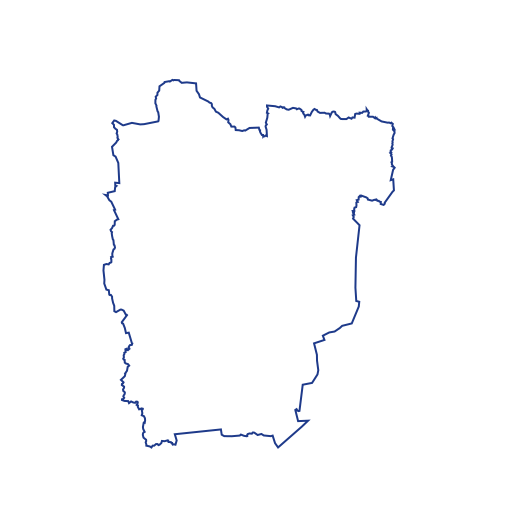 Libertador General San Martín, San Luis, Argentina, rotated 166°
{"feature_id": "61730980B21399673280914", "entity_name": "Libertador General San Martín", "entity_type": "district", "adm_level": 2, "iso_a3": "ARG", "parent_name": "Argentina", "parent_adm1": "San Luis", "projection": "robinson", "projection_center": [-65.814, -32.574], "detail": "fine", "context": "isolated", "style": "outline", "palette": "blue", "viewbox_px": 512, "rotation_deg": 166, "n_neighbors": 0, "source": "geoboundaries", "source_scale": "gbopen_adm2", "svg_char_len": 6084}
<svg xmlns="http://www.w3.org/2000/svg" viewBox="0 0 512 512"><g transform="rotate(166 256 256)"><path d="M406.8,236.7L405.4,235.4L400.5,236.8L399.4,236.5L397.6,235.0L396.3,229.8L394.8,230.4L402.2,224.3L402.3,223.9L402.2,223.1L401.3,222.5L400.7,217.9L400.8,212.6L398.0,212.4L397.5,201.0L397.3,200.9L398.0,199.8L399.9,200.0L401.1,199.0L402.0,197.7L401.3,197.2L401.2,196.6L403.1,195.6L403.7,195.9L404.2,197.3L405.3,197.1L405.7,194.3L407.2,194.0L407.4,192.8L408.4,191.7L408.7,189.6L409.7,188.4L409.4,187.5L408.6,187.0L409.1,184.3L408.4,183.3L406.3,182.0L405.6,180.3L407.3,179.5L408.9,175.9L411.4,173.7L411.2,173.4L412.4,171.1L417.0,168.5L415.1,165.5L415.9,164.6L417.0,164.3L417.4,163.2L415.6,161.2L415.9,160.1L417.3,158.7L417.4,157.1L416.4,155.8L416.3,155.0L417.1,153.5L418.1,152.8L418.7,151.8L418.2,150.3L419.4,149.4L420.7,149.4L420.9,148.7L418.7,147.2L415.1,146.1L414.8,144.0L412.4,145.1L410.6,143.6L408.8,142.8L407.6,143.7L406.7,143.5L406.2,143.1L406.2,142.2L407.8,140.4L406.7,139.5L407.2,138.3L406.5,135.5L403.9,135.8L402.8,135.2L403.0,134.7L403.5,134.8L404.1,134.2L404.3,131.0L405.4,129.1L403.5,127.7L403.0,125.4L403.4,123.2L404.3,121.2L404.8,121.7L405.3,121.4L407.1,117.4L407.3,115.4L406.6,112.3L407.8,112.0L408.5,111.3L409.1,109.8L409.1,107.0L407.1,104.3L407.3,103.0L408.1,102.0L408.0,99.5L408.3,98.5L405.1,96.9L403.8,95.5L402.2,97.0L400.7,96.6L398.5,97.7L397.0,97.3L396.4,96.1L395.3,96.2L393.1,97.4L392.0,99.3L389.5,98.4L386.2,98.5L385.8,98.2L386.1,97.1L385.9,96.7L383.6,96.0L383.4,95.2L382.6,94.9L382.7,93.9L382.4,93.1L381.3,93.2L379.8,92.4L377.6,96.2L377.9,102.7L332.0,96.2L332.5,90.9L330.4,88.9L323.2,87.0L315.2,85.7L313.9,86.4L311.1,84.4L308.5,83.3L308.0,83.4L307.9,84.4L307.2,85.2L305.3,85.4L303.0,84.6L301.9,85.5L301.3,85.4L300.4,85.0L297.7,81.9L293.8,82.0L291.9,80.0L285.2,77.6L283.3,77.7L282.8,69.8L280.9,64.9L253.1,79.2L245.3,83.6L255.1,85.6L255.1,97.1L253.7,97.6L253.2,96.0L252.2,95.2L251.3,95.2L241.8,119.8L232.3,119.3L225.0,126.2L223.2,130.1L222.1,139.7L220.8,145.4L220.8,157.2L209.9,158.0L210.4,162.5L203.4,164.1L198.0,163.7L192.0,165.9L189.3,167.4L179.4,167.4L168.5,182.1L166.9,186.6L169.6,188.1L167.2,201.2L159.4,230.3L148.1,260.8L152.8,268.8L151.7,270.2L152.2,272.1L150.7,272.3L151.3,274.0L150.5,274.1L150.3,274.7L151.2,275.3L151.3,276.3L149.6,276.1L149.4,277.8L148.7,279.1L147.0,279.2L146.3,280.7L145.7,283.6L145.0,284.0L144.2,283.9L144.7,285.8L142.8,285.9L142.1,288.3L140.8,289.1L140.6,288.4L140.0,288.2L139.3,289.2L134.7,286.1L133.7,284.9L133.8,283.7L130.0,281.6L127.5,281.9L126.6,281.5L125.7,281.9L125.3,281.5L124.9,280.2L123.5,279.8L123.1,278.9L121.8,278.3L122.4,276.3L119.8,274.7L118.4,275.6L118.2,276.6L108.1,285.2L106.3,286.3L104.3,297.2L106.9,297.0L102.1,306.5L100.1,308.1L100.6,309.0L102.0,309.9L101.3,310.2L102.0,311.9L101.7,313.1L101.9,314.2L101.1,314.5L100.4,318.0L100.3,319.7L100.8,320.7L99.9,321.8L100.8,323.5L99.7,323.8L100.1,325.0L99.7,325.9L98.2,326.4L97.4,327.3L98.2,327.7L98.2,328.5L96.5,330.9L96.5,332.3L96.0,332.9L95.9,334.2L94.7,336.2L95.1,337.1L93.1,340.4L91.8,341.8L91.5,343.4L92.6,345.5L92.3,346.4L91.1,345.7L91.5,347.6L92.3,349.2L91.3,351.1L92.4,352.6L93.1,352.2L94.6,353.3L96.0,353.5L101.6,356.2L105.6,360.1L105.6,360.8L106.5,360.6L106.8,361.6L107.4,361.1L108.8,362.8L112.8,363.8L112.7,364.3L113.6,365.0L111.8,367.6L112.3,368.7L112.1,369.9L112.7,370.4L113.1,371.6L113.4,370.2L114.3,369.6L116.9,370.2L118.4,369.2L120.7,370.0L120.8,369.0L121.1,368.9L124.1,369.9L125.4,369.8L126.9,366.4L128.9,367.1L130.1,366.1L132.6,368.0L135.1,367.0L138.8,367.9L140.4,368.4L141.1,369.2L142.5,372.0L144.4,374.4L144.4,376.6L144.8,377.0L146.2,377.5L147.6,377.1L150.2,373.9L150.2,375.5L150.8,376.5L153.6,377.3L154.8,378.4L159.3,379.4L161.3,381.3L161.6,383.0L162.7,383.4L163.6,384.5L164.8,384.1L167.0,382.3L169.5,379.3L170.9,379.8L170.9,380.3L171.3,380.6L173.8,380.3L174.7,379.3L174.9,381.4L175.6,382.7L175.7,383.9L175.2,384.3L176.7,385.6L176.6,386.8L178.2,388.6L179.0,388.8L180.9,388.5L181.4,389.5L184.3,390.8L188.9,390.0L190.7,390.8L192.8,392.9L192.7,393.4L193.5,393.7L194.4,393.4L194.9,394.3L196.2,395.2L197.6,394.6L201.2,396.7L208.9,399.4L209.2,398.1L208.5,396.0L209.7,394.6L210.8,392.3L209.9,391.5L210.2,391.4L211.6,387.4L214.2,383.0L213.7,381.0L214.9,380.3L215.4,379.2L215.2,375.9L216.4,369.7L217.7,370.6L218.7,370.0L219.7,370.5L220.1,370.2L219.9,371.7L221.0,372.0L221.8,374.5L222.0,375.9L221.6,377.0L222.2,377.5L222.2,379.9L231.3,381.8L236.1,380.3L237.0,380.8L239.1,380.6L242.0,382.1L245.2,383.1L244.9,385.7L245.6,386.8L248.6,387.5L249.0,390.1L250.6,392.4L249.8,394.6L250.0,396.0L251.6,395.7L254.4,398.9L257.9,404.1L260.0,405.8L260.8,408.9L262.2,410.7L262.5,412.4L262.1,414.0L262.5,415.2L264.0,416.1L265.0,417.5L272.0,423.4L272.2,426.8L273.7,430.7L272.4,438.0L281.1,441.2L286.2,442.0L288.0,444.4L288.2,445.2L292.9,446.6L293.6,446.4L294.5,447.1L297.4,446.1L297.9,446.6L302.6,446.9L303.1,446.1L308.6,444.0L309.9,439.9L312.1,438.3L312.7,436.1L314.8,434.8L314.8,433.0L315.8,431.9L316.7,428.5L316.2,426.0L316.5,425.2L316.5,420.2L316.1,419.2L316.5,414.6L317.9,410.7L318.4,410.3L332.7,411.0L336.5,411.7L344.2,415.2L353.0,414.9L353.6,415.1L359.2,421.0L360.8,421.8L363.3,419.7L362.1,417.7L362.6,415.2L361.5,413.3L360.4,412.1L360.6,410.2L361.6,408.6L361.2,407.4L361.4,404.9L361.9,404.2L361.3,402.5L361.8,402.4L362.0,401.7L363.0,401.3L364.2,399.9L369.3,396.8L370.0,388.3L368.2,386.4L367.1,379.6L371.0,359.8L374.9,361.2L375.5,358.4L374.5,357.7L376.0,356.9L377.4,353.1L384.5,353.2L385.0,350.6L387.3,351.6L386.0,349.9L384.8,345.6L383.3,343.7L381.5,335.0L382.7,334.9L380.7,325.0L382.2,324.9L384.6,323.9L385.6,320.4L386.5,319.7L387.4,319.9L388.9,317.9L390.8,316.6L390.6,314.9L389.9,314.0L390.5,312.9L390.8,310.0L390.9,306.7L390.5,305.9L391.2,301.3L390.7,300.6L390.8,298.3L391.5,297.3L392.7,296.8L394.8,293.3L395.3,291.2L395.2,290.0L396.9,290.0L396.9,289.2L397.4,288.4L397.2,287.5L397.8,285.1L398.5,284.7L399.7,284.7L401.0,283.5L403.1,284.4L405.7,284.2L407.5,278.9L408.8,269.6L409.9,266.0L409.3,259.6L407.1,258.4L407.7,254.0L407.3,253.5L406.2,253.3L405.5,251.4L405.9,249.6L406.0,245.2L405.6,242.0L406.8,236.7Z" fill="none" stroke="#1e3a8a" stroke-width="2"/></g></svg>